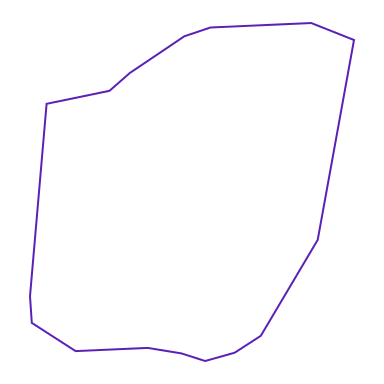 Grad, Robinson projection
{"feature_id": "SVN-202", "entity_name": "Grad", "entity_type": "Municipality", "adm_level": 1, "iso_a3": "SVN", "parent_name": "Slovenia", "parent_adm1": "", "projection": "robinson", "projection_center": [16.093, 46.798], "detail": "fine", "context": "isolated", "style": "outline", "palette": "violet", "viewbox_px": 384, "rotation_deg": 0, "n_neighbors": 0, "source": "natural_earth", "source_scale": "10m", "svg_char_len": 320}
<svg xmlns="http://www.w3.org/2000/svg" viewBox="0 0 384 384"><path d="M354.0,40.0L317.7,239.9L260.8,335.8L234.7,352.7L205.1,361.0L181.4,353.4L147.6,347.9L75.6,351.1L31.8,322.9L30.0,296.3L46.6,103.8L109.5,90.8L129.8,73.0L184.3,36.3L210.4,27.5L311.1,23.0L354.0,40.0Z" fill="none" stroke="#5b21b6" stroke-width="2"/></svg>